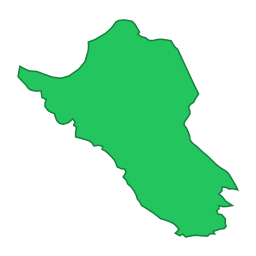 Santo Amaro das Brotas, Sergipe, Brazil, rotated 91°
{"feature_id": "56859067B4442717767123", "entity_name": "Santo Amaro das Brotas", "entity_type": "district", "adm_level": 2, "iso_a3": "BRA", "parent_name": "Brazil", "parent_adm1": "Sergipe", "projection": "robinson", "projection_center": [-36.969, -10.786], "detail": "fine", "context": "isolated", "style": "filled", "palette": "green", "viewbox_px": 256, "rotation_deg": 91, "n_neighbors": 0, "source": "geoboundaries", "source_scale": "gbopen_adm2", "svg_char_len": 1965}
<svg xmlns="http://www.w3.org/2000/svg" viewBox="0 0 256 256"><g transform="rotate(91 128 128)"><path d="M68.2,237.2L78.5,238.8L82.7,234.9L86.7,230.8L90.0,228.5L91.8,225.8L92.7,221.1L92.4,215.6L99.0,214.5L101.1,210.2L104.3,211.4L107.8,211.4L111.9,208.3L113.6,205.3L114.9,201.7L118.8,200.6L122.0,199.2L124.5,196.6L125.4,192.6L123.7,187.7L119.9,183.3L123.2,180.9L126.1,182.5L128.0,179.5L133.1,180.3L137.8,180.2L139.8,172.4L141.3,167.1L143.6,163.5L146.5,162.0L145.8,156.9L146.8,152.9L149.8,153.6L151.2,150.6L153.6,147.5L157.0,144.0L160.4,141.0L163.6,139.3L167.0,138.2L168.9,133.9L169.2,130.3L172.7,129.4L177.1,132.0L180.5,128.6L183.9,127.3L187.2,123.5L190.0,121.4L193.0,119.6L195.8,118.2L198.7,117.5L201.7,114.9L205.0,113.3L212.3,101.4L215.0,97.8L218.1,93.8L218.9,90.5L220.9,84.6L222.7,80.9L225.8,77.3L228.7,75.2L232.4,78.9L234.8,74.2L233.1,71.6L236.0,68.3L234.5,61.8L234.1,57.1L234.5,52.9L234.7,46.7L232.2,43.8L232.4,39.5L229.8,41.0L228.7,37.6L227.3,34.0L227.0,30.3L224.7,28.2L221.5,29.1L217.1,29.1L213.0,32.8L212.5,36.4L209.3,37.9L206.9,35.5L204.1,35.8L205.0,31.7L204.8,27.9L203.7,22.3L199.6,28.9L195.0,32.6L192.3,36.0L189.3,33.0L185.4,33.0L185.7,28.9L187.3,25.9L186.8,22.3L187.9,17.2L183.6,19.3L180.9,21.0L176.8,23.5L172.7,26.0L169.6,28.9L166.9,33.6L164.9,36.6L162.2,40.0L156.4,46.1L153.7,49.1L150.8,52.9L148.6,55.2L144.7,59.7L141.8,63.5L138.5,65.9L134.9,66.2L130.9,67.7L126.7,69.8L123.9,72.1L120.8,71.6L117.1,68.9L112.7,66.3L109.5,66.5L106.3,67.9L103.3,66.0L101.1,62.8L97.1,60.9L92.8,58.0L81.2,63.9L48.5,79.7L46.3,82.4L43.9,84.1L40.0,86.5L39.2,91.7L38.7,95.7L39.0,100.1L40.2,105.0L40.0,108.5L37.4,112.2L36.4,116.3L34.2,119.8L31.8,118.1L28.3,120.4L24.4,122.6L21.2,125.9L20.0,133.4L20.6,138.8L21.9,141.7L28.4,146.3L33.6,151.9L40.2,162.6L42.8,169.2L46.5,168.9L51.3,169.1L62.2,172.1L65.1,174.3L69.9,178.1L74.3,184.2L77.0,187.9L79.5,196.2L78.4,204.9L73.1,220.3L72.7,227.1L71.7,230.2L69.7,234.4L68.2,237.2Z" fill="#22c55e" stroke="#15803d" stroke-width="1.5"/></g></svg>